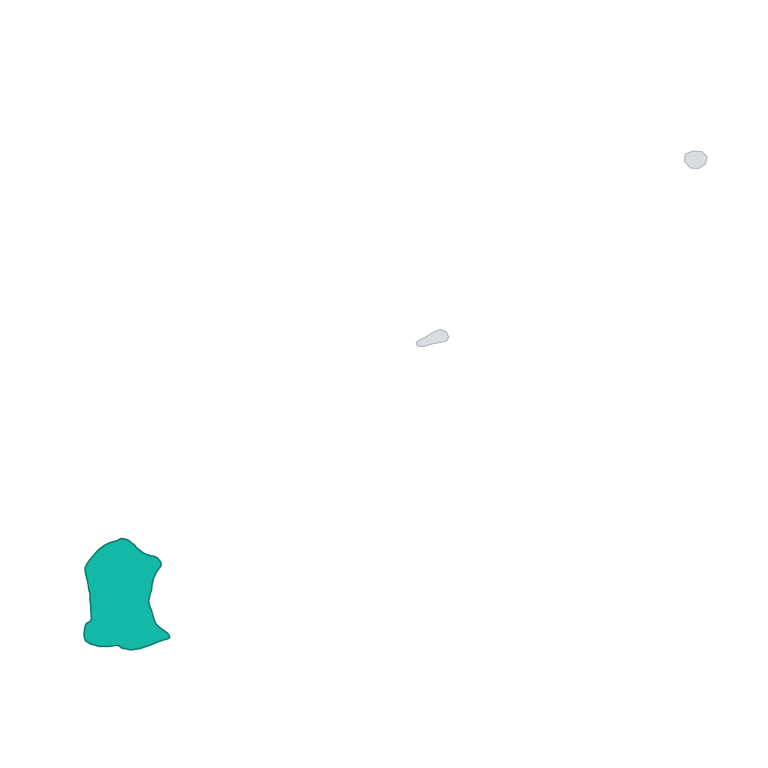 Faadhippolhu, Maldives shown in context, rotated 230°
{"feature_id": "70690204B52357859866053", "entity_name": "Faadhippolhu", "entity_type": "district", "adm_level": 2, "iso_a3": "MDV", "parent_name": "Maldives", "parent_adm1": "", "projection": "orthographic", "projection_center": [73.502, 5.401], "detail": "fine", "context": "in_parent", "style": "filled", "palette": "teal", "viewbox_px": 768, "rotation_deg": 230, "n_neighbors": 0, "source": "geoboundaries", "source_scale": "gbopen_adm2", "svg_char_len": 2769}
<svg xmlns="http://www.w3.org/2000/svg" viewBox="0 0 768 768"><g transform="rotate(230 384 384)"><path d="M389.8,462.0L384.0,465.2L378.5,463.9L376.6,460.0L379.4,454.1L383.9,446.5L387.1,438.4L391.7,434.0L395.2,435.4L394.9,440.0L393.2,446.3L392.1,454.5L389.8,462.0ZM357.6,777.0L350.4,777.6L345.9,771.9L346.9,763.5L352.5,757.6L361.3,757.2L366.4,762.5L363.8,770.6L357.6,777.0Z" fill="#d9dde1" stroke="#a8b0b8" stroke-width="1"/><path d="M393.8,98.7L395.9,98.7L397.4,98.3L398.8,97.5L400.2,96.8L401.0,96.2L401.5,95.4L402.3,94.8L403.5,94.1L404.7,93.6L406.2,92.6L407.4,91.8L409.4,91.1L411.2,90.5L413.1,90.2L414.8,89.9L416.8,89.3L418.5,89.2L419.9,89.4L421.6,89.4L422.9,89.0L424.1,88.5L425.4,88.3L427.4,88.2L428.5,87.7L429.7,87.2L430.6,86.7L431.7,85.9L432.7,85.2L433.3,84.5L433.9,83.7L434.6,83.4L435.0,82.1L435.1,81.1L435.4,80.0L435.6,78.9L436.3,77.2L437.0,75.8L437.7,74.4L438.4,72.4L439.0,71.1L439.2,69.7L439.7,68.0L440.0,66.8L440.2,65.6L440.3,63.4L440.4,61.9L440.6,60.0L440.4,58.1L440.3,57.0L440.0,54.6L439.8,53.0L439.3,50.7L439.0,48.9L438.7,47.3L438.4,45.2L437.6,42.5L437.1,40.5L436.2,38.7L435.4,37.1L434.1,35.7L432.6,34.8L430.4,33.5L427.9,32.3L426.0,31.2L423.6,30.2L420.9,28.7L419.0,27.5L417.4,26.4L414.9,25.0L413.2,24.4L411.6,23.3L409.8,22.0L408.4,20.5L407.0,19.5L405.9,18.9L404.4,18.0L403.0,17.1L401.4,15.9L399.4,14.1L397.3,12.8L396.0,11.6L394.1,10.3L392.8,9.5L392.1,8.5L391.3,7.1L391.2,5.3L391.4,4.4L391.8,3.2L391.8,1.7L391.4,0.8L391.0,0.1L390.2,-0.9L389.4,-2.1L388.0,-3.7L387.0,-4.7L386.0,-5.9L384.7,-7.0L383.4,-7.9L381.9,-8.7L380.0,-9.6L378.3,-9.6L376.5,-8.9L375.1,-8.5L373.5,-8.0L372.2,-7.1L369.8,-5.3L368.1,-4.2L367.0,-3.6L365.9,-2.6L364.8,-1.6L364.1,-0.5L363.3,0.6L362.6,1.4L361.3,2.6L360.1,4.2L359.4,5.2L358.6,6.5L358.2,7.1L357.1,9.1L356.2,10.2L355.6,11.1L354.4,12.3L353.9,12.5L352.0,13.1L351.0,13.1L349.7,13.8L348.2,14.8L347.5,15.8L346.9,16.4L345.6,17.0L344.3,18.0L342.4,20.0L341.5,21.4L340.6,23.1L339.7,24.5L338.6,26.1L337.9,27.7L337.4,29.0L336.6,31.0L336.0,32.8L335.4,34.2L334.8,35.7L333.9,38.1L333.2,40.5L332.6,42.5L332.1,43.9L331.5,45.9L330.8,47.5L330.0,49.8L329.2,51.7L328.5,52.9L328.0,54.0L327.5,55.6L327.4,56.5L328.0,57.3L329.2,57.7L332.0,58.1L333.8,57.7L335.8,57.2L337.3,56.8L339.1,56.2L343.2,55.5L345.3,55.2L347.8,55.4L349.1,55.7L351.1,56.4L352.9,57.1L354.8,58.0L356.4,58.8L358.2,59.6L359.5,60.1L360.6,60.6L362.6,61.2L364.8,61.9L365.8,62.5L366.6,62.9L368.5,63.8L369.5,64.7L370.3,65.7L371.0,66.9L371.8,67.9L373.1,69.3L374.2,71.1L374.9,72.3L375.4,73.2L376.7,74.7L378.0,75.9L379.2,77.1L380.1,78.2L380.7,79.2L381.9,80.8L382.8,81.7L383.4,82.6L383.7,83.4L384.3,85.0L385.0,86.3L385.7,87.6L386.4,89.5L386.8,90.9L387.2,92.3L387.4,94.0L387.7,95.1L388.0,96.3L388.9,97.2L390.1,98.0L391.5,98.5L393.8,98.7Z" fill="#14b8a6" stroke="#0f766e" stroke-width="1.5"/></g></svg>